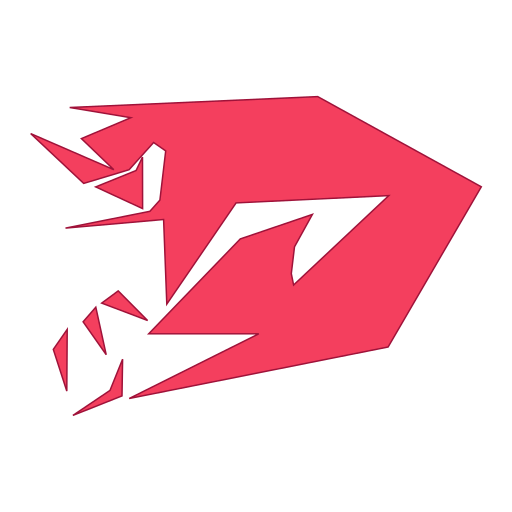 map outline of Hordaland (Robinson projection)
{"feature_id": "NOR-913", "entity_name": "Hordaland", "entity_type": "County", "adm_level": 1, "iso_a3": "NOR", "parent_name": "Norway", "parent_adm1": "", "projection": "robinson", "projection_center": [5.687, 60.257], "detail": "coarse", "context": "isolated", "style": "filled", "palette": "rose", "viewbox_px": 512, "rotation_deg": 0, "n_neighbors": 0, "source": "natural_earth", "source_scale": "10m", "svg_char_len": 721}
<svg xmlns="http://www.w3.org/2000/svg" viewBox="0 0 512 512"><path d="M129.2,398.5L258.8,333.8L148.7,333.8L240.3,238.9L312.4,214.4L294.5,246.8L291.3,273.6L293.6,285.0L388.8,195.6L236.1,202.9L166.8,304.1L163.6,219.5L65.5,228.1L149.9,211.3L159.9,200.1L165.7,150.9L153.6,142.5L129.1,169.7L83.7,183.4L30.7,133.6L113.8,169.7L81.4,138.6L130.8,117.7L69.7,107.5L317.7,96.6L481.3,186.8L388.1,347.0L129.2,398.5ZM142.5,157.1L142.6,208.6L95.7,186.9L136.1,170.5L142.5,157.1ZM72.9,415.4L110.0,390.4L122.6,359.2L122.0,395.9L72.9,415.4ZM95.8,307.2L106.2,354.7L83.1,321.8L95.8,307.2ZM118.2,290.9L147.6,320.5L101.7,303.1L118.2,290.9ZM67.2,329.4L66.8,391.1L53.3,349.4L67.2,329.4Z" fill="#f43f5e" stroke="#9f1239" stroke-width="1.5"/></svg>